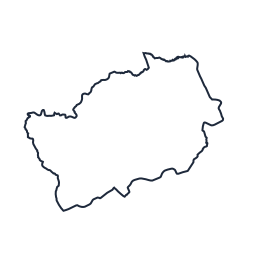 the district of Svay Leu, Siemréab, Cambodia, rotated 247°
{"feature_id": "14789045B56730119052608", "entity_name": "Svay Leu", "entity_type": "district", "adm_level": 2, "iso_a3": "KHM", "parent_name": "Cambodia", "parent_adm1": "Siemréab", "projection": "orthographic", "projection_center": [104.313, 13.682], "detail": "fine", "context": "isolated", "style": "outline", "palette": "slate", "viewbox_px": 256, "rotation_deg": 247, "n_neighbors": 0, "source": "geoboundaries", "source_scale": "gbopen_adm2", "svg_char_len": 5809}
<svg xmlns="http://www.w3.org/2000/svg" viewBox="0 0 256 256"><g transform="rotate(247 128 128)"><path d="M179.5,41.0L178.7,41.2L178.3,42.0L177.5,42.5L176.9,42.3L176.6,41.8L176.8,41.1L176.3,40.4L176.3,39.5L174.6,37.4L174.6,37.1L174.4,36.5L173.2,36.0L172.5,36.0L172.0,35.6L171.5,35.0L170.0,33.9L169.5,33.4L168.9,33.1L167.6,33.5L166.8,33.2L165.4,33.8L164.7,33.8L164.2,33.6L163.6,33.5L162.8,33.6L162.0,34.0L161.1,33.2L159.2,32.7L158.9,32.3L158.6,32.3L157.9,33.0L157.1,33.4L156.0,34.8L155.7,35.7L155.3,36.1L154.7,36.2L153.3,35.8L152.1,35.0L150.2,34.6L145.0,35.1L142.8,35.7L141.9,35.3L140.5,35.5L140.0,35.4L138.4,34.5L137.6,34.3L137.0,34.3L136.2,33.8L135.8,34.0L133.7,34.5L133.1,34.3L132.7,34.4L131.1,35.4L130.3,36.4L130.1,36.5L128.4,34.9L127.3,34.5L126.4,34.5L125.0,35.1L123.9,35.8L122.7,36.8L121.2,37.7L120.3,38.5L120.1,39.1L119.3,39.9L117.4,40.6L116.2,41.3L115.3,41.6L114.9,42.6L114.3,43.0L113.3,43.1L111.9,44.7L111.1,44.7L109.4,43.8L106.1,43.5L104.8,43.2L102.0,41.7L101.4,39.8L100.0,38.6L98.8,37.8L97.9,36.8L95.4,35.6L92.5,34.8L91.1,34.7L90.4,34.4L89.1,34.0L84.3,34.4L80.1,35.2L79.4,35.5L77.6,36.0L77.0,36.3L76.7,39.3L76.6,41.7L77.0,50.0L76.7,51.2L75.3,52.3L74.4,53.3L73.3,54.8L72.7,56.2L72.4,57.6L72.7,62.8L73.1,64.2L75.5,67.4L75.8,68.4L75.9,72.7L75.2,73.9L74.3,74.8L74.3,75.6L76.5,83.6L77.2,89.5L78.4,91.4L78.5,92.0L77.5,92.3L76.1,93.1L73.6,94.0L69.8,95.8L67.1,97.2L66.1,98.1L67.1,100.1L67.0,100.9L67.4,101.4L68.0,103.2L68.5,104.2L69.1,104.4L72.7,104.4L73.3,104.5L73.7,105.0L74.4,106.8L75.1,108.2L76.7,110.1L77.2,110.9L77.6,112.3L77.6,114.0L77.1,118.2L76.9,119.2L76.3,120.7L73.9,124.3L71.9,126.8L70.9,128.2L70.2,129.6L70.1,130.1L70.0,137.7L70.2,138.9L70.5,139.3L72.9,141.7L73.9,143.5L74.3,144.7L74.4,145.6L74.2,148.4L73.6,152.0L73.2,153.1L72.5,153.9L71.3,154.7L70.8,154.9L67.6,155.0L66.7,155.3L66.2,156.6L65.9,161.2L65.2,165.8L65.2,166.3L70.9,174.8L72.7,175.7L73.2,176.2L73.5,176.7L73.7,178.5L74.2,180.3L74.8,181.1L76.3,181.6L77.3,184.4L77.9,186.9L78.7,188.1L79.5,188.7L79.6,189.2L80.0,189.5L80.3,190.0L80.5,190.8L80.6,191.8L80.4,192.8L80.5,193.5L81.6,194.2L82.7,195.0L83.2,195.1L83.4,194.8L83.5,194.3L83.9,194.2L85.0,195.1L85.5,195.3L86.9,195.6L87.6,196.2L88.3,196.6L89.4,196.1L89.9,196.0L94.7,196.6L95.4,196.5L96.4,195.7L96.8,195.6L100.3,197.6L102.8,199.6L103.1,200.0L103.2,200.5L102.9,201.1L102.4,201.7L98.2,205.4L97.7,206.1L97.3,207.4L97.2,209.1L97.8,217.3L98.1,218.3L98.7,218.8L99.5,219.2L102.1,218.9L105.1,219.3L106.7,219.3L107.8,219.4L109.9,219.1L110.9,219.2L111.8,219.9L114.2,223.2L115.1,223.7L115.9,223.7L117.5,223.0L118.8,221.5L119.9,219.8L121.1,217.3L121.3,216.6L124.5,215.4L134.6,215.3L137.2,214.8L144.9,214.7L147.3,214.5L154.6,214.5L155.7,214.9L158.8,216.8L160.5,217.5L161.4,217.5L163.4,216.9L165.3,216.1L169.4,213.7L170.8,212.5L170.9,211.7L170.7,211.1L170.3,210.9L171.1,209.6L170.9,209.2L170.9,208.8L171.5,208.5L172.0,208.5L171.5,208.1L172.1,207.5L172.1,207.2L171.8,206.9L171.4,206.2L171.5,206.0L172.1,205.8L171.8,205.2L172.5,204.8L172.7,203.6L173.9,202.2L174.1,201.5L174.1,201.3L173.8,201.2L172.8,201.5L172.6,201.3L172.6,201.0L173.2,200.9L173.5,200.7L173.7,200.0L173.2,199.4L172.9,199.4L172.8,199.2L173.2,198.9L173.3,198.6L173.2,198.3L172.8,198.5L172.5,198.5L172.5,198.2L172.9,198.0L172.7,197.6L172.5,197.4L172.3,196.8L172.6,196.6L172.4,196.1L172.5,195.9L173.1,195.6L172.7,195.2L173.0,194.7L172.9,193.6L173.3,193.2L172.9,192.9L173.1,192.0L173.5,190.8L173.8,190.4L174.1,190.4L174.2,189.9L174.6,189.6L174.6,189.1L175.0,188.9L176.7,188.1L176.7,187.5L176.9,187.2L177.5,187.1L177.7,186.5L178.2,186.2L178.4,185.7L179.3,185.4L180.6,184.4L180.8,182.7L181.3,181.7L181.7,179.8L182.8,179.6L183.1,179.2L183.5,179.0L184.3,178.8L184.7,179.0L184.9,179.0L186.6,178.3L186.9,178.0L186.8,177.8L187.8,177.3L188.0,176.9L187.9,176.6L188.2,176.2L188.7,175.8L189.3,174.4L190.0,173.7L190.3,172.9L190.5,172.0L190.8,171.6L187.6,171.3L183.7,171.4L175.3,170.7L175.1,170.1L174.5,169.3L174.3,168.3L174.3,167.8L175.4,167.1L175.6,166.8L175.6,166.2L175.0,165.0L174.5,164.7L174.0,163.8L173.8,163.1L174.1,162.3L173.8,162.0L173.9,161.4L173.8,161.1L173.5,161.1L173.3,160.8L173.2,160.0L172.6,158.5L172.9,158.0L172.6,156.4L173.3,155.9L173.5,155.3L173.8,155.2L173.7,154.5L174.5,154.0L175.1,153.2L175.6,153.0L176.5,153.0L177.8,152.6L178.1,152.5L178.5,151.9L179.1,151.8L179.2,151.4L179.9,151.1L179.9,150.9L180.2,150.5L180.0,150.4L180.2,150.0L179.9,149.5L179.9,149.1L180.5,147.7L180.6,146.9L180.3,146.3L180.2,145.5L180.7,144.5L181.0,144.4L181.3,144.1L181.5,143.5L181.3,143.0L181.3,142.7L181.8,142.5L182.1,142.1L182.2,141.6L183.2,139.3L183.9,138.5L184.8,137.9L185.2,137.4L185.2,132.4L184.9,132.1L182.4,130.5L181.6,129.6L181.2,128.6L181.0,127.4L181.1,126.0L181.4,125.1L182.0,123.8L182.5,122.1L182.3,121.4L181.7,121.0L181.5,119.3L181.1,117.8L181.3,116.9L181.2,114.7L179.8,112.5L179.6,112.2L179.6,111.2L179.1,110.4L177.7,109.3L176.9,108.9L175.8,107.8L175.4,107.0L175.2,105.9L174.8,105.5L174.5,104.5L175.6,102.9L176.2,102.4L176.8,101.1L176.8,99.7L176.5,99.0L175.8,98.4L174.5,97.8L173.1,97.3L172.0,96.6L171.0,95.7L170.0,94.6L169.3,92.7L169.2,89.8L169.0,89.5L168.4,88.8L168.0,87.2L167.5,86.6L167.3,85.9L166.5,84.9L166.2,84.7L165.9,84.7L164.1,85.2L163.7,85.3L163.1,84.9L161.4,85.5L159.9,85.7L159.1,85.4L158.7,84.9L158.2,83.9L158.1,83.2L158.2,82.8L158.6,82.2L160.5,80.4L161.1,79.6L161.6,78.2L161.3,75.9L161.5,75.0L162.1,74.7L164.3,75.4L164.9,75.2L165.9,73.3L166.0,72.4L165.8,71.4L166.1,70.4L168.4,69.8L168.6,69.1L168.5,68.5L168.6,67.9L170.2,66.7L170.7,66.4L170.0,65.7L168.6,64.9L168.6,64.7L169.2,62.0L170.0,60.4L170.5,58.8L171.1,57.7L172.0,56.7L172.9,56.7L175.2,57.3L177.1,57.5L177.5,57.4L177.7,57.0L177.8,56.6L177.6,56.0L177.3,55.4L174.5,53.1L174.1,52.3L174.3,51.2L174.9,50.4L175.7,49.7L178.6,47.9L179.0,47.5L179.2,47.1L179.5,46.1L179.6,45.0L180.5,42.1L180.4,41.6L180.1,41.1L179.5,41.0Z" fill="none" stroke="#1e293b" stroke-width="2"/></g></svg>